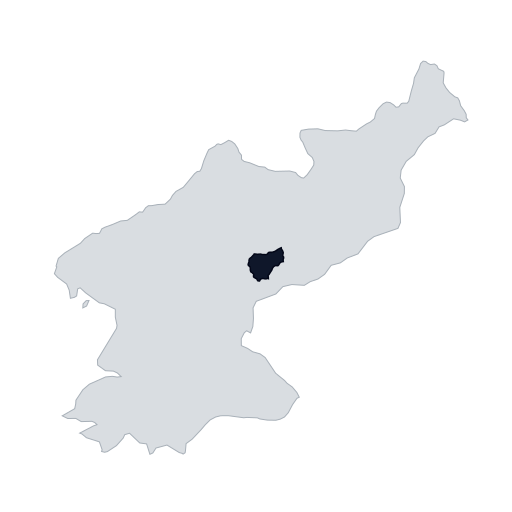 Sinhung, Hamgyŏng-namdo, North Korea (highlighted), rotated 5°
{"feature_id": "82179303B53420606691311", "entity_name": "Sinhung", "entity_type": "district", "adm_level": 2, "iso_a3": "PRK", "parent_name": "North Korea", "parent_adm1": "Hamgyŏng-namdo", "projection": "natural_earth1", "projection_center": [127.653, 40.262], "detail": "fine", "context": "in_parent", "style": "filled", "palette": "ink", "viewbox_px": 512, "rotation_deg": 5, "n_neighbors": 0, "source": "geoboundaries", "source_scale": "gbopen_adm2", "svg_char_len": 4338}
<svg xmlns="http://www.w3.org/2000/svg" viewBox="0 0 512 512"><g transform="rotate(5 256 256)"><path d="M311.4,392.9L309.2,394.2L305.4,400.8L301.8,409.3L298.4,413.9L294.4,416.4L290.1,417.9L281.6,418.5L274.0,418.0L271.5,417.1L260.9,417.6L257.9,418.2L242.7,417.5L234.8,418.2L229.8,419.9L224.6,423.3L220.2,428.5L216.3,434.0L208.3,444.1L202.7,449.0L202.7,456.1L202.5,458.2L200.6,459.7L199.9,459.1L196.7,458.5L183.8,452.1L173.1,456.0L170.4,461.2L167.6,462.8L163.4,452.7L156.5,452.4L145.5,443.6L140.8,445.4L139.6,448.9L133.5,457.1L125.0,463.8L122.3,464.7L119.2,464.2L119.6,462.4L116.2,454.8L102.9,451.8L98.2,448.5L95.8,447.8L108.9,439.4L112.3,437.9L109.8,435.9L106.9,435.0L96.3,436.2L90.7,433.5L82.6,434.3L76.9,432.1L88.7,423.9L89.3,419.0L89.2,415.3L95.2,404.3L101.2,398.2L116.7,389.6L123.4,388.4L128.3,388.7L132.2,387.9L128.1,384.6L124.0,383.1L116.0,383.4L107.8,378.5L107.1,373.2L123.4,340.2L123.6,337.2L121.2,329.2L120.5,321.3L109.0,316.8L104.0,316.3L89.4,307.5L83.6,303.0L81.2,304.3L80.8,311.4L78.7,313.0L74.8,314.3L72.9,306.3L69.8,300.4L60.2,294.5L56.7,291.2L58.5,284.2L57.7,283.5L59.3,275.6L65.3,269.5L80.0,258.6L83.9,253.5L91.3,247.5L94.7,247.6L98.1,247.1L99.2,244.5L100.0,242.4L103.0,240.5L110.1,237.2L118.2,232.9L124.7,231.7L132.7,225.1L135.9,222.2L139.2,222.2L140.0,220.9L141.9,217.5L144.4,215.3L147.9,214.9L153.7,213.3L160.9,212.3L165.8,206.8L167.5,202.9L170.7,198.6L177.6,193.9L182.4,187.0L187.6,179.4L190.1,177.0L192.6,176.5L194.0,173.7L195.7,165.7L198.2,157.9L199.6,154.2L205.6,150.2L207.2,148.2L208.5,147.6L211.3,148.1L215.1,145.7L218.6,143.1L221.8,144.0L225.1,146.2L228.5,150.5L230.0,154.0L232.7,156.8L233.2,161.0L235.9,162.8L241.6,163.7L251.0,166.6L257.0,166.7L260.5,168.9L267.8,170.0L282.2,168.4L288.2,169.4L290.7,172.0L294.3,174.0L296.7,174.2L299.9,170.6L303.3,164.8L305.6,160.4L305.5,156.8L303.5,153.0L298.7,149.5L295.6,144.1L292.6,138.4L290.8,136.6L289.4,133.9L289.1,129.7L290.1,126.9L297.3,125.0L306.6,123.9L314.0,125.0L326.5,124.2L334.2,122.7L339.9,122.9L345.1,122.9L347.4,120.5L354.7,114.7L358.2,112.6L362.1,108.7L362.6,104.6L363.4,101.2L365.6,97.7L369.3,93.3L372.6,91.3L376.2,91.5L380.0,93.5L382.5,95.6L385.2,95.0L387.5,91.5L389.0,90.9L393.3,90.6L394.7,88.5L396.3,78.3L397.9,70.3L398.2,64.7L402.0,55.5L403.2,49.9L405.5,47.3L408.2,47.5L410.4,49.1L413.2,50.1L417.0,49.2L419.6,50.6L421.3,53.6L426.9,55.7L427.4,57.2L427.4,67.2L430.5,71.9L434.6,76.2L440.2,80.1L443.2,80.9L445.1,83.7L446.8,88.5L450.8,93.1L453.0,96.5L453.4,100.0L455.3,102.0L452.1,104.2L447.9,102.9L440.9,102.1L432.1,109.0L427.1,111.4L423.7,118.2L416.8,122.3L413.0,126.6L408.1,134.0L404.9,141.2L397.4,148.6L393.1,157.8L392.9,165.8L397.8,173.9L398.3,180.8L395.0,195.0L397.0,210.1L395.0,216.1L371.9,226.4L365.9,231.6L357.4,245.0L347.1,250.0L340.6,255.5L331.7,258.7L326.0,268.2L319.8,273.5L312.3,276.8L306.7,281.0L294.2,281.3L285.4,284.2L279.1,292.1L260.2,301.1L257.6,307.9L258.9,318.5L259.0,326.5L257.3,333.1L253.2,331.3L251.0,333.5L248.5,339.6L249.2,346.6L255.7,348.8L261.0,351.7L268.5,353.1L274.0,356.4L285.8,371.1L295.4,377.6L297.9,380.0L303.5,383.3L308.6,388.4L311.4,392.9ZM91.6,320.6L88.0,322.8L87.9,318.8L90.7,315.3L93.5,314.9L91.6,320.6Z" fill="#d9dde1" stroke="#a8b0b8" stroke-width="1"/><path d="M270.3,277.5L270.1,276.0L269.7,274.3L270.6,273.2L271.6,271.2L272.9,268.8L273.6,266.4L274.5,265.1L275.7,264.0L277.6,263.8L278.6,263.8L279.5,262.7L280.3,260.9L281.6,259.8L282.8,259.4L283.7,259.2L283.3,257.4L283.7,255.7L283.6,254.6L282.7,253.7L282.6,252.4L282.8,251.0L282.8,250.2L282.2,248.8L281.4,247.7L280.6,246.6L280.4,245.6L280.2,245.7L279.8,245.9L277.1,247.6L275.1,249.3L274.7,249.6L274.2,249.8L273.7,250.1L271.2,251.1L270.8,251.1L270.7,250.9L268.6,251.2L267.7,252.0L267.3,253.1L265.6,253.8L264.2,253.8L262.1,254.0L260.5,253.7L258.8,253.9L257.4,254.2L255.8,254.1L254.7,254.1L254.1,254.1L254.1,254.4L253.0,255.7L252.2,256.8L251.3,257.9L250.5,258.5L249.6,259.6L249.4,261.1L249.6,262.0L249.4,262.9L249.2,263.6L249.1,263.8L248.9,265.3L249.3,266.2L250.1,266.6L251.1,267.5L251.5,269.1L251.5,270.2L251.8,271.3L252.4,272.4L253.5,272.8L254.5,273.7L255.3,274.4L255.5,275.3L255.2,275.9L255.4,277.0L256.0,277.5L257.3,278.1L257.9,278.4L258.7,278.6L259.3,279.7L260.1,280.6L261.7,280.6L262.2,279.5L262.3,279.0L262.8,278.6L263.4,278.2L264.5,277.8L265.5,277.8L267.0,278.0L268.4,277.8L269.6,277.3L270.3,277.5Z" fill="#0f172a" stroke="#020617" stroke-width="1.5"/></g></svg>